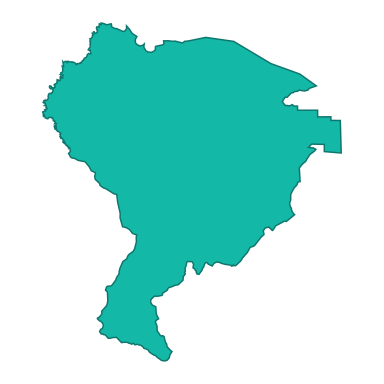 Atwima Nwabiagya South, Ashanti, Ghana
{"feature_id": "2480657B44972771575405", "entity_name": "Atwima Nwabiagya South", "entity_type": "district", "adm_level": 2, "iso_a3": "GHA", "parent_name": "Ghana", "parent_adm1": "Ashanti", "projection": "robinson", "projection_center": [-1.826, 6.689], "detail": "fine", "context": "isolated", "style": "filled", "palette": "teal", "viewbox_px": 384, "rotation_deg": 0, "n_neighbors": 0, "source": "geoboundaries", "source_scale": "gbopen_adm2", "svg_char_len": 5730}
<svg xmlns="http://www.w3.org/2000/svg" viewBox="0 0 384 384"><path d="M286.3,221.5L294.6,214.7L293.4,213.5L292.2,211.6L291.5,209.8L291.3,208.1L290.2,206.4L289.6,203.1L290.7,199.9L290.7,194.5L293.0,189.8L294.5,187.5L296.9,184.9L297.8,182.4L298.9,181.7L300.1,181.6L299.3,168.1L301.9,164.6L305.8,161.2L306.8,159.2L310.0,154.4L314.1,151.4L315.9,149.4L313.5,148.0L308.4,147.4L311.7,144.1L324.3,144.4L324.3,151.6L341.2,153.0L340.3,120.5L330.9,120.4L330.9,116.8L317.6,116.9L317.6,110.2L297.6,110.2L297.5,106.1L293.6,106.1L292.9,105.0L292.2,104.7L289.5,105.9L286.4,105.4L285.4,105.6L282.3,101.8L284.9,97.4L287.2,97.2L291.5,92.8L293.2,92.7L294.4,91.6L297.8,91.2L298.9,90.1L304.5,91.0L308.0,90.0L309.2,88.4L316.3,85.9L299.9,74.1L270.9,63.6L233.7,41.4L205.8,37.4L187.6,41.1L184.7,41.3L182.5,43.0L175.1,41.1L172.2,41.3L169.0,40.8L163.6,40.8L163.9,43.8L162.9,44.8L155.9,46.3L155.4,46.8L155.4,49.7L153.6,51.4L151.3,52.4L148.2,52.0L145.9,50.8L144.2,47.9L143.8,46.8L144.2,44.0L142.9,45.2L140.3,46.0L137.5,44.9L136.3,43.9L135.4,42.5L135.3,39.5L136.9,36.5L132.1,33.4L129.4,29.2L126.5,25.9L126.5,28.9L124.5,31.4L122.7,31.3L116.4,28.5L115.0,28.6L112.2,27.1L111.5,26.5L111.5,24.4L111.2,23.8L106.7,24.8L103.5,23.5L101.2,23.0L101.4,23.9L101.1,24.7L99.3,23.8L99.0,27.3L97.4,26.8L96.7,27.0L96.4,28.1L97.2,30.5L97.5,30.4L97.1,32.5L95.0,33.6L94.5,32.2L94.0,31.7L93.5,31.9L93.0,33.3L92.3,33.3L93.0,35.3L92.5,35.4L92.3,37.1L90.9,38.4L90.8,38.9L90.0,38.9L90.3,39.6L89.9,41.2L90.5,41.5L90.2,42.3L90.5,43.1L89.9,44.3L90.4,45.4L90.0,47.1L88.2,49.8L89.7,50.6L90.1,50.2L90.4,50.7L90.3,51.5L91.0,53.6L89.1,53.9L88.4,53.5L87.1,55.0L87.1,55.8L86.1,57.5L84.3,58.2L84.1,59.1L83.5,59.5L83.3,60.3L82.1,61.0L81.5,62.7L80.9,62.5L80.5,63.0L80.4,62.7L78.8,63.7L77.6,63.5L76.5,64.7L76.2,64.7L75.9,63.6L74.7,62.8L73.6,62.2L72.5,62.3L72.2,61.9L69.7,61.9L67.7,61.2L67.4,61.4L67.7,61.9L67.2,62.5L67.0,61.8L65.4,61.3L63.6,62.5L62.9,61.7L63.6,66.3L62.2,66.0L62.9,69.4L62.4,72.0L61.6,72.8L60.9,72.8L61.1,74.3L60.3,74.5L60.8,74.9L61.6,74.7L62.4,75.4L63.0,75.2L62.4,77.2L62.6,78.0L61.7,77.8L61.5,76.8L60.5,76.5L60.1,77.0L60.5,79.9L59.7,80.5L59.1,80.2L59.0,80.7L57.2,79.7L56.8,83.2L54.5,84.3L54.9,84.9L54.3,85.2L55.0,86.5L54.8,87.0L54.9,87.4L54.5,87.4L54.4,87.8L53.0,88.3L53.0,87.8L51.7,87.5L51.5,86.6L50.9,86.1L50.0,86.1L49.9,85.4L49.4,86.9L49.7,87.8L50.4,88.7L52.9,89.0L53.2,89.6L52.8,91.2L52.5,92.6L51.3,93.0L51.2,93.6L49.4,93.4L48.6,94.2L48.1,96.5L48.4,97.7L47.9,99.1L46.3,100.6L45.1,100.6L45.0,100.1L44.4,100.9L43.9,100.8L44.0,102.0L43.2,102.3L43.8,103.0L45.1,103.1L45.6,104.7L44.6,105.5L45.9,105.7L46.3,106.6L46.1,107.1L46.6,107.4L46.1,107.9L46.9,108.9L45.5,109.8L44.8,109.7L45.4,111.0L42.8,111.8L42.8,112.6L43.6,113.5L43.3,114.2L43.9,114.5L43.2,115.9L43.5,116.2L44.0,115.2L45.3,118.0L46.6,118.1L47.1,118.7L47.9,118.7L48.7,117.6L51.1,117.2L51.9,118.2L52.8,118.1L53.3,120.6L54.4,120.7L54.4,121.4L55.0,121.6L54.9,122.0L55.3,122.7L54.6,123.8L56.3,123.7L55.6,126.1L54.5,125.8L54.2,126.2L54.7,127.7L56.2,127.0L56.2,127.6L55.2,128.1L55.0,128.7L56.1,128.5L56.3,128.7L55.6,129.2L57.3,130.7L57.4,131.3L59.0,131.9L60.9,133.3L59.9,134.3L60.4,135.1L59.9,136.7L60.7,137.7L61.4,137.3L61.5,137.7L61.1,138.4L62.3,138.6L63.8,140.4L63.0,140.9L63.0,142.3L63.5,142.4L63.5,141.4L64.1,141.4L65.1,142.6L64.1,142.9L64.1,143.3L65.6,144.2L66.2,145.5L67.6,145.6L67.5,146.3L68.0,147.1L69.5,147.6L69.0,148.4L69.5,148.3L70.1,149.0L70.3,151.6L68.5,153.5L69.8,155.4L70.3,156.8L71.7,157.9L74.8,158.5L78.2,160.4L85.0,161.7L89.1,166.6L91.3,170.8L95.3,172.6L95.5,173.0L94.7,176.4L95.2,179.3L99.6,183.5L100.1,185.5L103.4,187.9L106.0,188.8L114.1,193.9L116.7,194.3L117.7,202.4L120.2,213.4L120.1,217.9L122.6,226.8L125.0,227.2L127.7,228.4L129.6,229.7L132.6,233.5L136.7,234.9L136.2,237.5L136.4,241.4L136.1,243.1L134.6,248.8L133.2,251.3L128.8,254.6L127.7,256.2L126.8,258.8L122.9,261.5L120.1,267.9L119.2,271.1L119.0,274.1L116.8,277.2L115.7,280.1L112.2,284.9L111.2,285.9L107.4,286.3L106.6,286.9L105.5,290.1L107.4,291.9L107.8,300.4L107.2,304.2L106.2,306.2L101.7,311.2L101.9,313.6L100.3,316.2L99.6,316.5L99.1,317.4L97.6,317.9L97.4,318.8L99.6,320.9L101.0,321.5L101.7,322.2L102.9,323.9L103.4,325.6L102.3,328.7L100.7,329.3L99.6,331.5L101.3,334.1L102.4,333.8L103.8,334.7L105.3,334.8L108.1,338.2L109.0,338.4L112.8,337.6L116.5,337.3L121.5,342.6L125.4,342.1L127.9,342.6L129.2,343.4L130.2,343.3L131.5,344.2L133.5,343.3L134.8,344.8L137.5,344.3L138.7,344.9L140.5,345.1L142.6,346.5L144.1,348.5L145.9,348.8L148.0,349.9L149.6,352.3L153.7,355.0L155.6,355.6L157.1,357.2L161.1,360.1L162.7,360.8L164.1,360.6L164.9,361.0L167.3,360.1L169.3,357.8L169.7,355.4L172.0,351.5L170.8,350.7L167.0,346.6L166.7,344.2L165.4,341.9L164.4,338.5L164.4,337.5L163.8,336.3L162.7,335.7L161.3,336.0L160.3,335.4L157.2,330.8L157.0,325.9L155.4,322.0L156.1,320.4L158.6,318.8L156.9,315.5L156.1,312.6L155.8,306.8L152.3,305.1L150.8,302.6L150.6,300.7L151.3,299.2L154.3,296.2L157.9,296.2L162.0,295.4L162.4,294.9L162.5,293.3L167.2,290.3L168.1,288.3L168.7,287.7L173.3,286.2L174.2,285.5L178.3,284.7L183.0,280.2L183.3,276.4L184.7,275.0L185.3,273.6L184.5,272.6L185.4,271.1L185.0,268.6L186.2,265.3L186.7,262.4L187.1,261.8L187.9,261.5L191.8,261.7L192.4,262.1L193.6,264.3L193.0,267.2L193.2,268.1L194.9,269.1L195.4,270.5L196.2,270.9L196.3,272.5L196.8,273.8L198.5,274.4L199.0,274.3L201.9,270.4L202.8,268.0L203.5,267.2L204.9,263.3L206.0,262.5L207.3,262.8L208.1,264.0L212.1,266.0L214.2,263.2L216.6,262.0L220.0,262.5L220.7,263.1L224.9,264.3L230.6,265.1L231.8,266.2L232.3,265.7L232.9,265.8L233.3,264.9L233.8,265.5L235.6,265.7L240.8,260.9L242.5,258.0L247.4,252.4L250.2,247.3L253.4,246.3L254.6,245.5L260.9,237.4L264.0,234.5L263.3,230.7L265.2,227.9L268.9,227.1L272.3,230.5L273.2,229.9L275.7,225.8L283.9,221.4L285.2,221.1L286.3,221.5Z" fill="#14b8a6" stroke="#0f766e" stroke-width="1.5"/></svg>